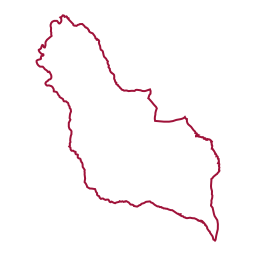 the district of Chordeleg, Azuay, Ecuador
{"feature_id": "8360857B12860339410526", "entity_name": "Chordeleg", "entity_type": "district", "adm_level": 2, "iso_a3": "ECU", "parent_name": "Ecuador", "parent_adm1": "Azuay", "projection": "orthographic", "projection_center": [-78.733, -2.983], "detail": "fine", "context": "isolated", "style": "outline", "palette": "rose", "viewbox_px": 256, "rotation_deg": 0, "n_neighbors": 0, "source": "geoboundaries", "source_scale": "gbopen_adm2", "svg_char_len": 5731}
<svg xmlns="http://www.w3.org/2000/svg" viewBox="0 0 256 256"><path d="M212.4,195.5L211.9,194.4L212.0,191.1L211.2,188.2L211.0,186.1L211.4,180.2L211.3,179.1L212.4,178.2L213.5,176.7L216.4,174.3L217.0,174.0L217.8,172.8L218.3,172.4L219.4,170.9L219.4,170.3L219.0,170.1L219.0,169.5L219.4,167.3L219.1,166.8L218.9,165.8L219.2,165.2L219.3,164.1L219.0,163.6L218.0,163.3L218.4,162.4L218.9,162.4L218.9,161.0L218.6,159.6L218.7,159.1L218.0,158.8L217.8,158.1L217.8,157.0L217.3,156.3L216.9,156.1L216.4,156.2L216.5,155.4L216.1,154.3L215.2,153.9L215.3,153.3L215.0,153.0L214.9,152.5L213.5,150.2L212.9,149.7L212.8,149.1L212.4,148.8L211.8,148.7L212.3,145.9L211.8,145.2L211.9,144.5L211.5,143.9L211.7,143.2L211.6,142.4L211.8,141.9L211.2,141.8L211.4,141.1L210.9,140.8L210.9,140.5L209.8,139.6L208.9,139.3L207.7,139.4L207.8,139.1L207.6,139.0L206.5,139.5L206.7,139.9L206.2,139.9L205.7,139.4L205.7,138.7L205.4,138.3L205.0,138.3L204.5,138.9L204.1,138.9L203.7,138.6L203.7,137.7L202.8,137.1L201.7,137.3L200.7,136.9L198.7,136.6L198.2,136.2L196.0,136.3L196.0,136.0L197.5,135.8L198.4,135.1L197.6,134.8L197.3,134.2L196.5,134.1L196.4,133.3L195.7,133.3L195.3,133.1L195.5,132.6L195.1,131.6L193.6,130.2L191.1,126.8L188.3,124.4L187.5,123.2L186.9,121.4L186.9,119.0L185.8,118.7L184.9,117.0L184.1,117.8L182.5,118.6L180.8,119.1L176.4,119.9L172.8,121.1L168.9,121.7L164.4,121.7L155.1,120.9L154.8,118.9L154.9,116.9L155.4,114.5L155.4,113.1L155.9,110.9L156.8,108.4L156.1,107.0L153.7,104.4L151.8,102.0L148.8,98.6L148.3,98.3L149.2,95.5L149.7,94.5L150.3,94.0L150.5,93.5L150.6,91.1L150.0,89.4L145.6,90.9L144.6,91.1L142.4,91.0L140.6,90.3L136.8,89.8L135.7,90.0L134.6,90.9L131.7,90.8L128.5,91.1L126.7,90.5L124.0,90.6L123.0,90.0L122.3,89.9L121.5,89.4L121.2,88.7L120.2,88.0L119.5,86.9L118.0,85.6L117.8,84.9L117.3,84.8L116.2,83.9L116.1,83.5L116.3,82.7L115.3,81.9L114.7,79.8L114.2,78.9L114.1,77.9L114.3,77.1L114.1,75.0L113.3,74.0L112.0,73.2L111.7,72.7L111.0,72.4L110.3,71.2L109.8,69.9L109.9,69.0L108.5,67.1L108.9,65.6L107.8,63.8L107.5,62.7L107.9,61.4L107.0,60.4L106.1,58.7L104.1,56.7L103.7,55.5L102.8,51.4L102.2,50.6L100.8,49.7L100.4,48.5L100.1,46.0L99.3,44.3L98.9,42.7L99.2,41.2L98.4,39.8L97.0,39.9L96.7,39.7L96.8,38.8L96.1,38.7L95.5,38.3L95.2,37.0L94.4,35.6L92.6,33.3L90.7,32.6L89.6,31.9L89.1,31.3L89.0,30.3L88.3,29.7L87.7,28.5L86.8,28.0L86.4,27.5L85.7,27.5L85.1,27.0L84.3,25.9L82.3,24.0L79.8,24.1L79.0,24.6L77.8,24.9L76.8,25.7L76.2,25.9L75.5,25.6L74.7,25.7L73.7,25.4L73.3,25.0L73.2,24.1L68.6,19.4L68.4,19.1L68.7,18.8L68.5,18.2L67.7,18.3L67.1,17.6L67.0,16.9L66.5,16.4L64.8,16.8L64.8,16.6L64.2,16.2L64.1,15.7L63.8,15.5L63.5,15.6L63.1,15.4L62.7,15.4L61.8,16.7L60.3,17.4L61.2,18.5L61.4,20.5L61.1,21.8L59.9,23.3L59.4,23.5L58.8,23.3L58.2,22.5L57.5,21.3L57.0,20.9L54.1,20.9L52.3,21.7L51.2,23.1L50.6,24.9L50.6,26.2L51.1,28.0L50.9,31.4L51.3,32.5L51.2,34.4L51.6,35.9L47.0,39.8L45.8,41.6L45.5,42.6L45.5,45.3L44.9,47.4L44.4,47.5L43.8,47.1L43.0,45.2L42.3,45.0L41.6,46.3L41.0,48.4L40.2,49.1L38.8,49.8L38.8,50.6L39.5,51.9L41.5,53.9L43.3,54.3L43.5,55.1L43.2,55.6L41.3,56.1L40.8,57.8L41.0,58.6L40.7,59.1L37.8,59.9L37.0,60.4L36.6,60.8L36.6,62.1L37.4,64.1L38.3,65.3L39.4,66.2L40.0,66.6L42.8,66.7L44.5,68.6L44.7,69.1L46.4,70.2L47.2,70.9L47.8,71.9L48.5,72.1L49.1,71.6L49.4,71.7L51.2,75.2L51.4,76.8L51.3,77.9L50.5,79.1L48.6,79.8L47.9,80.8L46.2,81.9L45.4,83.2L45.5,83.9L46.3,85.1L47.1,85.6L49.0,85.4L51.5,86.2L52.6,87.2L53.7,89.2L53.8,91.4L56.0,91.8L57.0,92.3L58.3,94.9L59.4,96.1L59.6,97.0L62.9,99.0L63.7,101.1L64.0,101.3L66.1,101.4L67.2,102.4L67.9,102.8L68.2,103.3L68.7,105.3L69.6,106.5L69.7,108.0L70.7,109.2L71.0,111.5L70.2,113.5L69.9,115.2L69.6,118.1L70.4,119.7L68.8,122.8L68.8,126.7L69.4,128.7L71.2,130.6L71.5,131.4L71.4,134.4L70.9,135.5L70.3,138.7L70.2,140.9L70.5,142.0L69.8,143.3L69.9,145.6L69.2,146.5L70.4,147.5L70.6,149.3L71.2,150.4L71.8,150.8L73.2,150.7L74.4,151.6L75.5,151.8L75.7,152.1L75.4,153.2L75.6,153.9L76.1,154.3L77.6,154.6L77.9,154.9L77.7,157.0L77.8,157.5L78.5,158.2L79.9,158.6L80.6,159.3L80.7,160.7L81.2,161.2L81.4,162.1L82.1,162.7L82.6,164.4L82.7,166.9L84.7,169.9L84.5,171.4L84.7,172.8L84.6,174.3L85.1,178.5L84.6,182.1L85.8,183.6L86.8,185.6L87.2,187.0L89.7,188.5L91.9,188.6L95.1,189.1L96.0,191.8L97.1,193.2L97.0,194.2L97.2,195.0L97.7,195.5L99.1,196.2L99.4,196.7L99.6,197.6L100.4,198.4L101.0,198.9L102.1,198.5L103.0,198.5L104.3,199.4L105.7,199.9L106.7,199.6L108.2,199.6L108.6,199.9L109.6,201.8L110.2,202.1L110.7,202.2L111.3,201.6L111.6,201.6L113.6,202.7L115.1,203.2L116.3,202.5L119.0,201.9L119.7,201.2L120.6,201.6L121.1,201.7L122.4,201.3L123.7,201.9L124.4,201.5L125.0,201.7L125.9,201.1L126.2,201.1L128.8,202.5L130.5,204.5L132.4,204.7L133.6,205.3L133.9,206.0L137.1,206.6L137.6,206.4L139.4,205.2L140.4,205.0L141.5,203.8L143.9,203.1L146.1,201.8L149.9,201.4L151.1,202.5L152.6,203.0L154.7,204.8L157.4,206.4L158.7,206.4L159.8,207.1L161.1,207.0L161.9,207.7L162.6,207.7L163.6,208.4L164.8,208.4L166.2,208.8L167.0,208.7L168.7,209.5L170.7,210.1L172.3,210.2L177.1,213.5L177.8,213.9L178.4,213.8L178.9,214.5L179.7,214.7L180.0,214.6L180.2,214.2L180.6,214.2L180.4,215.4L182.0,216.2L182.9,216.2L183.8,217.1L184.4,217.4L185.1,217.4L186.0,218.0L186.6,218.1L187.6,218.1L190.0,217.7L192.4,218.2L194.4,218.3L196.5,219.2L197.3,219.7L197.6,220.2L198.4,220.2L198.6,220.7L199.7,221.0L200.3,220.7L201.0,220.7L201.3,221.5L201.8,221.0L202.1,221.0L202.8,221.7L202.9,222.7L203.1,222.8L203.6,222.5L203.8,222.7L204.7,223.8L205.0,224.8L205.5,224.8L205.7,225.5L206.7,226.4L206.9,227.0L207.2,227.6L207.2,228.5L209.1,231.2L209.7,231.5L210.2,233.0L212.6,236.4L213.4,239.5L214.4,240.0L214.9,240.6L215.1,240.6L215.6,239.6L216.2,235.9L217.8,229.1L217.9,224.1L217.3,220.2L214.6,216.0L214.0,214.1L212.6,207.7L211.0,205.7L211.1,204.5L211.5,202.9L211.4,200.6L212.2,197.9L212.4,195.5Z" fill="none" stroke="#9f1239" stroke-width="2"/></svg>